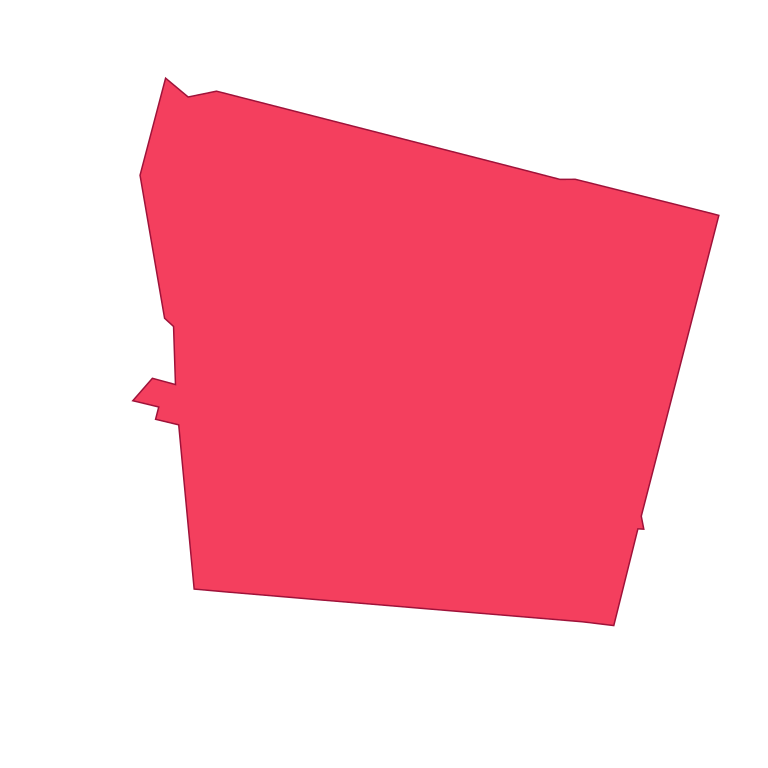 outline of Troup, Georgia, United States of America, rotated 284°
{"feature_id": "52423323B50058695847591", "entity_name": "Troup", "entity_type": "district", "adm_level": 2, "iso_a3": "USA", "parent_name": "United States of America", "parent_adm1": "Georgia", "projection": "natural_earth1", "projection_center": [-85.058, 33.046], "detail": "fine", "context": "isolated", "style": "filled", "palette": "rose", "viewbox_px": 768, "rotation_deg": 284, "n_neighbors": 0, "source": "geoboundaries", "source_scale": "gbopen_adm2", "svg_char_len": 528}
<svg xmlns="http://www.w3.org/2000/svg" viewBox="0 0 768 768"><g transform="rotate(284 384 384)"><path d="M144.5,283.9L156.3,356.9L158.1,368.2L177.1,485.2L183.3,523.3L201.3,634.2L205.2,665.4L304.9,665.4L306.0,671.2L318.0,665.6L628.6,668.1L628.7,661.8L628.9,520.1L625.1,505.2L625.5,464.3L627.6,150.6L615.1,124.5L627.9,98.1L536.4,96.9L527.5,96.8L394.7,155.2L388.9,165.9L333.0,181.8L333.5,157.9L307.0,144.3L307.2,171.0L294.5,170.9L294.7,194.7L139.1,249.4L144.5,283.9Z" fill="#f43f5e" stroke="#9f1239" stroke-width="1.5"/></g></svg>